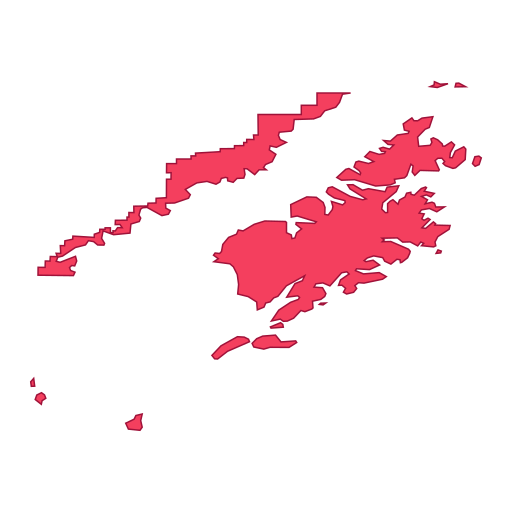 the district of Kodiak Island, Alaska, United States of America
{"feature_id": "52423323B80008995120080", "entity_name": "Kodiak Island", "entity_type": "district", "adm_level": 2, "iso_a3": "USA", "parent_name": "United States of America", "parent_adm1": "Alaska", "projection": "equal_earth", "projection_center": [-153.82, 57.362], "detail": "fine", "context": "isolated", "style": "filled", "palette": "rose", "viewbox_px": 512, "rotation_deg": 0, "n_neighbors": 0, "source": "geoboundaries", "source_scale": "gbopen_adm2", "svg_char_len": 6081}
<svg xmlns="http://www.w3.org/2000/svg" viewBox="0 0 512 512"><path d="M215.1,253.0L213.5,255.2L218.3,258.7L213.9,261.7L229.9,263.8L233.4,266.8L237.3,274.6L238.6,284.5L237.7,294.0L248.2,296.6L256.7,302.0L257.3,309.9L264.0,307.1L265.7,303.0L270.1,301.9L273.7,297.9L277.9,296.3L286.4,285.8L304.7,275.7L302.4,280.7L295.0,283.6L286.7,297.2L297.7,295.8L299.6,297.4L298.4,299.4L290.6,302.3L278.8,310.1L271.4,321.0L280.3,319.1L283.3,321.3L287.3,321.1L293.6,318.2L300.9,310.5L304.9,311.7L311.9,309.0L313.0,307.9L312.5,301.2L320.8,299.4L324.7,296.5L325.9,293.6L322.5,287.7L314.0,287.1L315.9,283.8L322.9,282.9L329.9,285.9L341.6,272.8L346.8,271.8L349.1,274.0L340.5,279.9L338.5,285.4L341.9,285.2L345.6,288.3L343.4,292.2L346.6,294.0L353.6,292.3L356.7,288.5L354.8,285.6L358.5,282.7L364.0,283.1L382.6,279.2L386.3,276.6L379.2,272.6L363.5,273.9L355.4,270.6L356.5,268.8L369.5,269.6L379.6,265.0L373.1,260.2L365.9,261.7L364.1,260.6L367.4,257.9L373.7,255.9L382.7,257.6L384.7,261.2L390.9,264.1L396.9,259.3L400.0,259.7L400.4,262.7L401.8,262.3L407.6,257.8L409.7,253.3L410.2,251.3L408.5,249.2L390.8,241.5L382.3,241.7L384.2,239.9L382.1,238.2L397.4,237.9L402.7,242.1L410.2,241.9L417.7,245.9L420.8,242.0L423.7,243.3L421.5,245.7L433.6,246.9L435.8,245.8L435.0,242.0L437.8,236.6L449.1,229.3L450.1,225.5L434.8,225.1L435.6,223.7L433.4,221.9L425.6,228.4L421.9,227.8L430.1,219.5L428.0,218.2L424.0,220.3L421.8,218.8L424.2,213.9L419.1,213.1L421.4,209.9L429.4,208.5L436.8,211.8L444.5,206.9L435.8,207.0L434.4,203.3L432.0,202.2L425.1,203.8L427.5,199.8L421.5,196.4L426.3,194.9L430.8,196.9L434.3,193.4L424.2,191.2L426.5,187.7L425.6,187.0L421.3,188.5L414.3,195.2L411.0,194.3L410.8,192.3L406.6,193.2L405.0,197.0L399.5,200.0L398.0,204.2L392.9,199.7L390.0,201.3L387.6,203.7L387.6,212.5L385.4,212.7L381.7,209.1L382.8,202.7L396.2,191.6L398.8,185.8L387.2,187.1L385.1,191.7L368.4,188.7L362.5,190.2L353.1,184.7L347.5,184.8L350.0,188.9L366.2,198.9L362.8,199.8L350.2,196.4L332.3,186.8L328.3,187.8L326.3,191.9L328.5,194.2L334.3,197.9L344.9,200.6L345.2,202.6L342.6,204.9L331.4,201.4L332.9,206.5L332.3,209.6L328.2,215.0L324.8,214.4L325.0,207.4L323.2,202.5L316.3,197.3L306.8,196.9L290.7,204.6L291.2,217.1L297.2,216.0L316.3,221.8L314.7,223.4L296.2,222.6L295.9,224.4L301.6,228.9L296.6,232.9L294.9,238.0L291.9,238.6L291.3,234.9L286.5,232.7L286.5,222.4L285.4,221.5L264.8,221.0L254.2,224.3L243.1,230.9L238.3,230.0L236.5,234.2L228.6,237.4L222.8,244.4L221.5,251.5L219.6,253.5L215.1,253.0ZM73.4,275.6L75.0,272.2L70.6,270.5L69.5,267.6L71.7,265.5L74.7,265.9L76.7,261.0L75.5,256.3L60.1,262.3L56.2,261.3L57.8,257.2L62.5,256.1L75.4,247.5L85.5,244.9L88.4,240.7L93.6,241.6L97.7,245.0L103.9,245.1L104.6,243.4L101.6,238.4L103.1,230.9L113.6,234.7L130.0,233.1L130.9,224.0L139.3,221.5L140.7,218.1L138.9,215.1L140.6,209.2L142.5,207.8L147.0,207.4L161.9,215.6L168.4,214.2L170.3,210.6L165.8,208.1L165.6,203.2L174.6,203.0L188.5,198.2L190.3,194.7L185.3,189.4L196.8,182.9L207.0,181.4L216.0,184.2L219.9,182.0L221.3,178.4L225.5,177.4L227.5,177.9L227.7,180.8L233.2,182.3L237.0,178.4L243.8,178.1L245.0,174.4L244.1,168.7L247.1,168.8L254.7,174.6L259.1,169.8L266.3,169.8L263.5,167.6L265.5,164.5L272.1,161.7L275.9,154.3L269.3,149.9L270.1,145.9L276.4,147.3L286.4,142.4L280.1,139.5L278.4,135.3L279.3,132.2L291.2,131.1L293.1,129.2L294.2,119.5L313.6,118.9L320.4,116.4L324.7,110.8L335.8,107.2L339.5,102.4L342.5,94.2L350.6,93.0L317.0,93.0L317.0,105.3L301.3,105.3L301.3,114.5L258.0,114.5L258.2,135.0L253.5,135.0L253.9,139.5L246.7,139.4L246.7,142.5L243.7,142.5L243.7,145.6L234.5,145.7L234.4,148.6L220.3,148.7L220.2,151.7L195.5,153.1L195.7,155.9L191.0,155.9L191.1,159.0L176.5,159.0L176.5,163.6L166.6,163.6L166.5,172.8L171.1,172.7L171.0,179.2L166.5,179.2L166.4,197.7L156.1,198.3L156.0,203.0L148.0,203.2L147.7,206.0L133.8,206.2L133.9,212.6L128.9,212.5L128.9,217.1L127.0,217.1L127.0,220.2L115.4,220.3L115.2,224.6L120.0,224.5L122.2,227.7L117.6,227.6L115.3,230.9L113.0,230.8L113.1,232.6L110.4,232.6L110.4,227.8L105.1,227.8L105.1,229.3L99.8,229.3L99.6,232.4L94.3,234.2L94.2,237.4L72.9,236.1L72.7,239.2L64.9,240.8L64.6,245.7L60.3,245.6L60.7,253.4L56.1,253.3L57.3,256.6L50.3,256.5L50.0,261.1L45.3,261.0L45.1,267.4L38.1,267.3L38.0,275.2L73.4,275.6ZM336.8,177.5L341.5,180.2L354.6,179.7L375.6,186.0L390.2,184.9L395.2,182.8L394.4,179.3L404.5,177.8L406.8,175.6L410.9,164.2L413.1,166.0L412.2,172.0L414.8,175.4L420.0,170.4L438.6,170.9L439.3,169.8L435.1,160.6L437.8,158.3L441.9,158.2L444.7,161.6L443.0,163.4L445.5,165.7L452.9,168.4L455.6,167.8L465.2,159.6L465.8,149.1L463.8,146.8L455.3,151.1L452.3,157.7L449.7,157.6L450.4,152.6L454.6,144.9L451.4,141.9L444.7,146.2L442.6,146.0L442.3,144.0L437.7,139.8L433.3,137.8L430.9,139.0L431.9,142.4L430.2,145.3L418.7,146.3L417.6,137.0L425.2,129.2L429.3,127.5L432.9,116.7L422.0,118.1L417.6,120.8L413.9,120.7L411.9,117.9L403.2,123.9L404.4,130.1L409.1,131.3L408.2,133.4L397.3,135.0L390.4,141.1L383.6,140.5L388.0,144.4L393.8,145.0L389.6,149.1L383.1,147.3L379.5,148.4L381.6,151.4L385.4,151.6L384.6,153.4L379.1,154.4L369.9,151.5L364.8,156.7L373.8,161.6L368.5,163.5L358.8,161.1L355.9,162.0L354.0,167.0L359.0,170.6L360.7,173.0L360.1,174.7L348.9,168.5L345.8,169.3L336.8,177.5ZM252.1,343.4L253.8,347.0L263.8,349.1L270.0,347.3L289.0,347.4L296.7,342.5L295.7,340.9L281.0,341.9L275.5,335.1L262.7,336.1L256.7,338.7L252.1,343.4ZM211.9,355.4L214.6,358.8L217.6,359.0L227.5,351.3L249.5,341.7L248.5,339.2L244.2,337.1L237.4,336.7L221.0,345.8L211.9,355.4ZM125.7,423.2L128.4,429.1L140.0,430.3L142.2,427.2L140.7,420.6L142.2,414.0L135.9,415.5L134.1,419.2L125.7,423.2ZM35.2,399.5L41.3,404.3L42.1,400.7L45.8,398.3L44.5,394.9L41.5,392.7L36.8,395.0L35.2,399.5ZM474.9,156.7L472.5,163.6L475.1,166.3L479.1,164.6L481.3,157.9L478.9,156.1L474.9,156.7ZM430.2,86.6L437.3,87.5L448.0,83.7L440.3,84.2L434.4,81.7L434.1,84.9L430.2,86.6ZM270.4,326.9L271.0,328.1L283.3,327.2L282.8,324.4L280.6,322.7L270.4,326.9ZM456.0,83.3L455.1,86.9L465.6,86.7L458.8,83.1L456.0,83.3ZM30.7,381.8L31.3,386.3L34.7,386.2L33.7,378.4L30.7,381.8ZM438.0,249.9L436.1,253.4L440.7,252.9L441.3,251.1L438.0,249.9ZM319.3,304.4L323.1,304.9L325.8,303.0L320.6,303.2L319.3,304.4Z" fill="#f43f5e" stroke="#9f1239" stroke-width="1.5"/></svg>